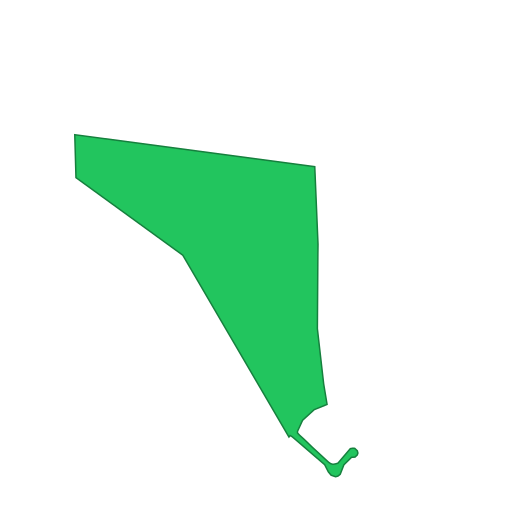 outline of 18-19, Ad Dawhah, Qatar, rotated 135°
{"feature_id": "91078587B2684025593760", "entity_name": "18-19", "entity_type": "district", "adm_level": 2, "iso_a3": "QAT", "parent_name": "Qatar", "parent_adm1": "Ad Dawhah", "projection": "natural_earth1", "projection_center": [51.554, 25.282], "detail": "fine", "context": "isolated", "style": "filled", "palette": "green", "viewbox_px": 512, "rotation_deg": 135, "n_neighbors": 0, "source": "geoboundaries", "source_scale": "gbopen_adm2", "svg_char_len": 650}
<svg xmlns="http://www.w3.org/2000/svg" viewBox="0 0 512 512"><g transform="rotate(135 256 256)"><path d="M298.4,469.9L327.9,438.7L307.2,308.3L360.7,104.7L358.8,104.9L358.2,102.6L355.0,59.9L357.5,52.2L357.9,47.9L355.8,43.6L353.6,42.4L350.9,42.1L349.9,42.5L341.5,46.2L330.8,46.1L328.2,43.8L325.1,43.7L323.3,44.6L322.1,46.6L322.2,50.2L323.4,51.6L325.5,53.1L344.3,51.6L344.6,51.6L346.8,52.8L348.9,54.3L350.0,56.3L350.5,58.8L351.4,80.9L351.6,92.5L351.9,98.4L351.8,101.5L350.6,102.7L339.2,106.9L323.5,106.2L310.7,100.8L298.6,117.7L264.0,161.2L211.1,213.4L203.9,220.4L151.3,277.6L298.4,469.9Z" fill="#22c55e" stroke="#15803d" stroke-width="1.5"/></g></svg>